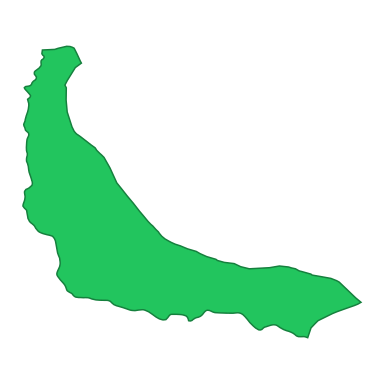 El Quetzal, San Marcos, Guatemala, rotated 90°
{"feature_id": "79465075B99595855877041", "entity_name": "El Quetzal", "entity_type": "district", "adm_level": 2, "iso_a3": "GTM", "parent_name": "Guatemala", "parent_adm1": "San Marcos", "projection": "natural_earth1", "projection_center": [-91.827, 14.794], "detail": "fine", "context": "isolated", "style": "filled", "palette": "green", "viewbox_px": 384, "rotation_deg": 90, "n_neighbors": 0, "source": "geoboundaries", "source_scale": "gbopen_adm2", "svg_char_len": 4363}
<svg xmlns="http://www.w3.org/2000/svg" viewBox="0 0 384 384"><g transform="rotate(90 192 192)"><path d="M218.5,356.0L219.8,355.3L221.4,354.5L222.6,353.4L223.8,351.8L225.4,350.0L226.5,349.2L228.2,348.3L229.8,347.0L231.0,346.0L231.9,344.9L232.7,343.3L233.6,341.0L234.7,337.0L235.2,334.7L235.8,332.6L236.3,331.4L238.5,329.6L240.8,328.6L243.9,328.0L252.9,326.4L255.4,325.5L258.0,324.4L259.6,324.2L261.6,323.9L263.4,323.8L265.0,324.0L266.7,324.4L268.3,325.1L269.8,325.8L270.9,326.3L272.2,326.8L273.3,327.1L274.5,327.1L275.5,326.8L276.9,325.9L279.8,323.7L283.6,320.3L285.4,319.0L287.1,318.2L289.8,317.3L290.7,316.8L291.6,315.6L292.7,313.7L293.3,312.5L294.2,311.5L295.4,310.7L296.5,309.4L297.1,308.2L297.5,305.4L297.5,304.1L297.7,300.4L297.6,298.4L297.7,296.1L298.0,294.6L298.9,292.4L299.5,289.8L299.9,288.0L300.2,283.9L300.3,279.8L300.3,278.0L300.4,276.2L300.7,275.1L301.3,273.7L303.1,271.9L304.6,270.1L305.7,267.6L306.8,263.7L307.7,260.7L308.8,257.5L310.0,254.1L310.3,252.8L310.5,251.0L310.6,248.9L310.1,245.8L309.7,241.7L309.8,240.2L310.3,238.7L311.8,235.3L314.2,231.8L317.1,227.8L318.9,224.6L319.5,222.6L319.9,221.0L319.8,219.7L319.6,218.1L317.8,216.4L316.2,215.2L315.3,214.5L314.4,213.2L314.3,211.7L314.3,207.8L314.5,203.9L314.7,202.0L315.0,200.6L315.5,199.1L316.0,197.8L317.0,196.8L318.0,196.2L319.6,195.6L320.7,195.4L321.0,193.8L320.5,192.1L319.6,191.1L318.6,189.6L318.0,188.6L317.5,187.1L317.3,186.0L316.6,184.2L316.0,183.2L315.3,182.3L314.4,181.4L313.1,180.4L312.1,179.6L311.3,178.8L310.6,177.9L310.2,176.7L310.4,174.7L311.1,173.0L312.0,171.1L312.6,169.1L312.9,164.0L313.1,158.1L313.2,151.1L313.0,149.0L312.8,147.0L312.8,145.7L313.0,144.4L313.5,142.9L314.5,141.2L316.5,139.1L319.4,136.6L322.6,134.1L326.1,130.6L328.0,128.4L329.0,126.7L329.8,125.4L330.0,123.8L329.5,122.2L328.8,121.5L327.8,120.4L327.2,119.5L326.6,117.5L325.6,114.5L325.1,112.7L324.8,111.0L324.8,109.8L324.9,108.6L325.3,107.3L326.2,105.9L327.6,103.9L329.5,100.5L330.6,97.7L331.4,95.0L332.1,93.2L333.0,91.3L334.2,89.5L335.9,87.5L336.6,85.7L336.7,83.1L336.6,80.1L336.8,78.8L337.7,76.3L327.9,73.0L323.5,68.8L320.7,66.0L319.3,63.2L313.5,51.4L311.7,47.0L309.6,41.2L307.2,34.4L305.6,29.8L304.1,26.1L302.3,23.0L297.9,28.3L282.1,44.8L280.7,47.3L278.4,53.1L276.3,64.8L275.1,71.8L274.1,73.1L271.5,82.4L271.1,84.1L270.7,85.2L268.8,88.5L267.9,92.6L267.0,95.4L266.0,104.6L267.7,114.5L268.8,134.7L266.7,143.3L263.6,149.8L262.4,159.7L260.5,166.5L259.3,168.1L256.6,177.3L253.6,184.0L251.4,187.8L248.8,196.6L245.8,203.8L244.2,208.8L242.4,212.8L240.6,216.1L238.8,219.2L236.2,222.3L233.3,224.7L231.9,225.6L229.5,228.1L226.0,231.2L224.3,233.2L221.5,235.9L216.4,240.1L211.2,244.5L203.5,250.5L195.6,257.1L189.1,262.2L182.9,267.2L168.0,274.0L157.4,280.0L154.7,282.7L153.6,284.0L150.3,287.3L147.9,288.8L144.7,293.2L136.6,303.6L135.0,305.9L134.1,307.3L132.9,308.5L131.2,309.9L129.7,310.6L128.1,311.4L126.9,312.0L112.0,316.8L100.0,317.9L87.8,317.7L85.1,319.1L80.3,316.6L67.6,308.7L63.1,302.6L61.3,303.6L53.9,307.0L49.9,309.0L48.2,309.9L47.3,311.6L46.5,314.0L46.3,317.3L48.3,325.9L49.4,329.2L50.0,341.6L51.4,341.8L52.7,342.0L53.8,342.1L55.2,341.2L56.1,340.1L57.4,339.8L59.2,341.1L59.8,342.2L60.9,342.9L62.2,343.0L63.4,342.9L64.8,342.8L65.7,343.0L68.1,344.9L71.0,348.8L72.1,349.6L73.2,349.7L74.2,349.6L76.1,348.2L76.9,347.6L78.7,347.8L79.9,348.7L80.5,349.6L81.2,350.6L82.7,351.9L84.1,352.4L85.3,353.3L85.8,354.2L86.2,355.8L86.4,357.4L86.6,358.5L87.7,359.7L88.7,359.3L90.0,358.2L91.6,356.7L93.8,354.8L94.6,354.1L95.9,353.4L97.6,354.2L98.5,355.5L99.3,356.4L102.0,355.7L103.2,355.3L105.5,355.2L109.2,355.7L112.0,356.4L116.0,357.8L117.5,358.2L119.3,358.7L121.1,359.0L123.8,360.1L124.7,360.3L126.2,359.9L127.6,359.2L129.0,358.8L130.0,358.6L130.8,357.9L131.8,356.8L132.5,355.9L133.4,355.4L134.7,355.2L135.8,355.4L137.3,356.1L138.4,356.6L139.7,357.0L142.2,357.3L147.4,357.6L150.4,357.5L151.9,357.2L153.2,356.7L155.3,356.7L157.4,357.3L158.9,357.5L160.3,357.5L161.4,357.4L163.4,356.5L166.4,355.7L169.8,355.3L172.1,354.9L174.5,354.1L176.5,353.4L179.3,352.5L180.3,352.3L181.6,351.8L183.3,351.6L184.5,351.8L185.4,352.1L186.4,353.2L187.9,354.9L188.8,356.5L189.4,358.0L191.3,359.4L192.7,359.5L194.7,359.2L195.7,359.0L196.8,358.9L198.6,359.1L200.2,359.4L201.7,359.9L203.6,360.6L205.2,361.0L206.2,361.0L208.2,359.5L209.4,358.2L210.3,357.4L213.4,356.9L216.1,356.4L218.5,356.0Z" fill="#22c55e" stroke="#15803d" stroke-width="1.5"/></g></svg>